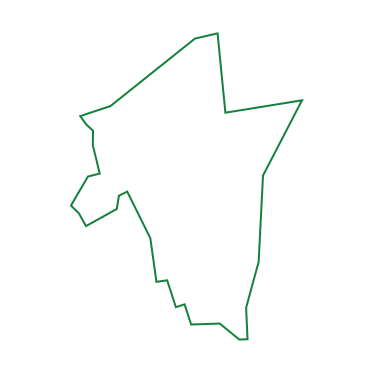 outline of 53, Ar Rayyān, Qatar, rotated 82°
{"feature_id": "91078587B25441317691063", "entity_name": "53", "entity_type": "district", "adm_level": 2, "iso_a3": "QAT", "parent_name": "Qatar", "parent_adm1": "Ar Rayyān", "projection": "mercator", "projection_center": [51.366, 25.28], "detail": "fine", "context": "isolated", "style": "outline", "palette": "green", "viewbox_px": 384, "rotation_deg": 82, "n_neighbors": 0, "source": "geoboundaries", "source_scale": "gbopen_adm2", "svg_char_len": 580}
<svg xmlns="http://www.w3.org/2000/svg" viewBox="0 0 384 384"><g transform="rotate(82 192 192)"><path d="M101.3,292.1L110.1,287.5L117.6,281.5L131.9,283.7L160.9,280.8L162.2,292.9L178.1,305.5L188.6,313.7L197.6,306.9L211.0,301.7L198.3,268.8L185.5,264.9L182.6,256.1L231.9,239.7L276.0,239.7L276.0,228.9L303.8,224.0L302.2,215.0L321.4,211.6L323.1,211.3L326.1,182.9L344.7,165.7L344.8,164.9L345.5,157.5L314.1,154.5L274.8,137.6L270.8,135.8L185.6,119.4L116.5,70.3L118.1,147.9L38.5,144.6L38.7,147.7L40.5,167.8L95.5,260.7L101.3,292.1Z" fill="none" stroke="#15803d" stroke-width="2"/></g></svg>